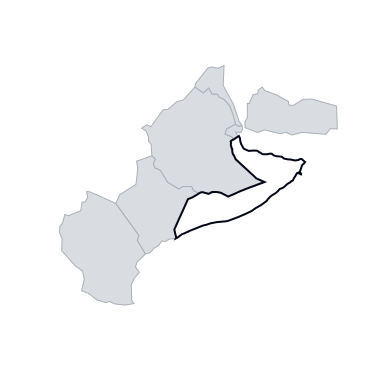 Somalia shown with its bordering countries, rotated 24°
{"feature_id": "SOM", "entity_name": "Somalia", "entity_type": "country or territory", "adm_level": 0, "iso_a3": "SOM", "parent_name": "Africa", "parent_adm1": "", "projection": "albers", "projection_center": [45.827, 5.144], "detail": "fine", "context": "with_neighbors", "style": "outline", "palette": "ink", "viewbox_px": 384, "rotation_deg": 24, "n_neighbors": 6, "source": "natural_earth", "source_scale": "50m", "svg_char_len": 4835}
<svg xmlns="http://www.w3.org/2000/svg" viewBox="0 0 384 384"><g transform="rotate(24 192 192)"><path d="M127.0,233.4L161.1,253.2L161.7,258.4L174.7,267.5L170.3,278.4L170.8,283.5L176.6,286.8L174.3,294.4L174.2,301.3L181.0,315.5L184.4,317.5L177.0,322.4L166.9,325.7L161.4,325.5L158.1,328.1L149.3,329.3L138.3,326.7L131.3,327.2L129.0,315.3L124.1,308.7L115.2,306.9L96.9,298.7L92.2,287.4L87.0,282.4L85.3,277.2L86.4,272.6L84.9,264.3L88.7,264.0L98.0,254.4L95.7,245.9L98.3,244.8L98.9,239.5L95.5,234.4L98.7,233.4L127.0,233.4Z" fill="#d9dde1" stroke="#a8b0b8" stroke-width="1"/><path d="M174.7,267.5L161.7,258.4L161.1,253.2L127.0,233.4L127.1,223.8L137.7,207.8L133.0,192.8L128.8,186.4L140.6,175.2L145.3,176.8L145.2,181.9L148.2,184.9L154.4,185.0L165.7,192.9L178.6,194.6L181.3,190.8L189.5,187.1L193.1,190.2L199.3,190.3L191.4,200.5L191.2,233.4L196.5,240.9L190.2,244.4L187.9,248.1L184.5,248.8L183.1,255.1L180.2,258.7L178.3,264.6L174.7,267.5Z" fill="#d9dde1" stroke="#a8b0b8" stroke-width="1"/><path d="M151.9,95.0L151.1,91.4L156.0,72.5L158.8,69.8L165.3,68.4L169.8,63.4L177.1,81.9L193.9,94.8L206.3,108.3L210.6,111.0L208.0,113.2L204.2,112.4L191.4,98.1L183.7,94.5L177.7,94.3L175.6,92.4L170.4,94.5L165.0,90.4L162.2,97.0L151.9,95.0Z" fill="#d9dde1" stroke="#a8b0b8" stroke-width="1"/><path d="M289.1,54.7L299.1,75.4L292.7,77.8L290.9,84.8L268.1,92.9L260.2,99.3L253.6,99.3L248.5,103.0L233.2,105.7L227.5,111.0L214.2,111.6L211.9,106.3L212.2,101.4L206.5,88.5L208.3,88.0L208.1,78.4L212.0,75.5L211.1,71.8L213.5,67.5L217.1,69.8L229.6,68.8L243.1,70.1L245.3,73.1L249.4,71.6L255.7,62.3L263.8,58.3L289.1,54.7Z" fill="#d9dde1" stroke="#a8b0b8" stroke-width="1"/><path d="M252.5,153.4L227.2,180.6L215.5,180.9L207.5,187.3L201.8,187.4L199.3,190.3L193.1,190.2L189.5,187.1L181.3,190.8L178.6,194.6L165.7,192.9L154.4,185.0L148.2,184.9L145.2,181.9L145.3,176.8L140.6,175.2L135.5,165.3L131.5,163.1L130.0,159.5L125.5,155.0L120.0,154.2L123.2,149.1L127.9,149.0L132.1,128.7L136.4,126.3L141.3,115.8L146.7,111.4L151.9,95.0L162.2,97.0L165.0,90.4L170.4,94.5L175.6,92.4L177.7,94.3L183.7,94.5L191.4,98.1L197.5,104.1L204.2,112.4L198.0,120.5L198.8,125.7L205.9,125.3L207.9,126.9L205.9,130.1L215.8,142.7L245.0,153.4L252.5,153.4Z" fill="#d9dde1" stroke="#a8b0b8" stroke-width="1"/><path d="M204.2,112.4L208.0,113.2L210.6,111.0L212.7,113.8L212.4,117.5L207.4,119.6L211.2,122.1L207.9,126.9L205.9,125.3L198.8,125.7L198.0,120.5L204.2,112.4Z" fill="#d9dde1" stroke="#a8b0b8" stroke-width="1"/><path d="M196.1,240.2L196.0,239.8L195.1,238.7L193.5,236.7L192.3,235.1L191.1,233.5L191.1,232.2L191.1,228.4L191.1,220.8L191.2,213.2L191.2,205.6L191.2,201.8L191.2,200.2L191.3,200.0L192.8,198.6L194.6,196.7L197.1,193.2L198.4,191.3L199.5,189.7L199.8,189.2L200.8,188.3L202.7,187.7L203.8,187.6L207.7,186.9L208.3,186.6L208.6,186.3L209.0,185.5L209.7,184.5L210.7,183.7L212.6,182.8L214.4,182.0L214.8,181.9L217.0,181.4L217.6,181.2L218.5,181.0L218.8,181.0L221.9,181.2L224.3,181.3L226.8,181.5L227.0,181.4L228.7,179.5L231.5,176.5L233.2,174.5L235.9,171.5L238.0,169.4L240.3,167.0L242.5,164.8L245.2,162.2L246.9,160.6L249.5,158.0L252.0,155.6L254.2,153.4L251.1,153.4L248.2,153.4L245.2,153.4L244.7,153.2L242.3,152.3L239.2,151.3L235.3,150.0L232.5,149.0L229.6,148.1L226.6,147.1L224.3,146.3L221.4,145.3L218.9,144.5L218.5,144.3L217.1,143.0L215.3,141.3L215.0,141.3L214.1,140.9L213.3,140.0L212.5,138.8L211.7,137.4L211.4,136.4L210.4,135.9L209.9,135.2L209.0,134.0L208.4,133.4L208.2,132.9L207.9,131.9L207.4,130.8L206.9,130.1L206.8,129.9L206.8,129.7L207.7,128.2L208.2,127.6L208.6,127.1L209.0,126.6L209.2,126.3L210.3,124.5L211.3,123.0L212.1,121.8L213.8,123.2L215.5,126.0L217.4,128.2L220.1,130.3L221.2,131.1L222.2,131.4L227.1,131.4L230.6,129.5L233.8,128.1L234.9,127.8L236.7,128.2L238.8,128.3L240.6,128.7L241.5,128.6L245.2,127.0L247.4,125.4L249.0,124.7L249.6,124.7L251.7,125.3L254.4,125.0L258.2,123.7L259.3,123.4L260.2,123.4L262.3,124.0L262.6,123.9L263.7,123.8L266.6,123.1L268.8,122.2L273.0,121.4L276.1,119.6L276.7,118.7L277.6,117.7L279.0,117.3L282.6,118.5L283.1,118.6L282.9,119.4L282.8,120.2L282.1,121.6L281.6,123.1L282.0,125.4L282.2,129.2L282.1,129.8L281.9,130.3L281.8,130.7L281.4,130.9L281.2,131.1L281.5,131.2L282.6,130.8L282.6,130.4L282.7,130.1L283.6,130.6L284.2,130.8L284.4,131.3L284.4,131.6L283.3,131.5L282.8,131.2L281.3,131.7L280.3,132.1L280.1,132.9L279.9,135.8L279.5,137.8L279.5,140.3L278.2,142.0L277.8,143.2L276.0,145.6L275.0,147.7L274.7,148.7L273.1,151.5L270.9,153.6L270.1,156.4L269.3,158.1L268.4,159.7L266.4,162.5L265.4,164.4L264.2,167.8L263.8,169.9L260.3,176.0L256.6,181.0L254.2,185.1L250.1,189.9L244.4,196.1L237.0,203.4L235.0,204.9L226.8,209.5L221.5,213.2L218.8,215.8L215.9,218.0L213.7,220.2L206.8,227.3L206.1,228.0L205.4,228.6L204.6,229.9L204.0,230.3L202.3,232.4L201.3,233.4L200.1,234.5L199.7,235.2L199.3,236.1L198.9,236.5L197.9,238.6L197.0,239.9L196.1,241.0L196.1,240.2Z" fill="none" stroke="#020617" stroke-width="2"/></g></svg>